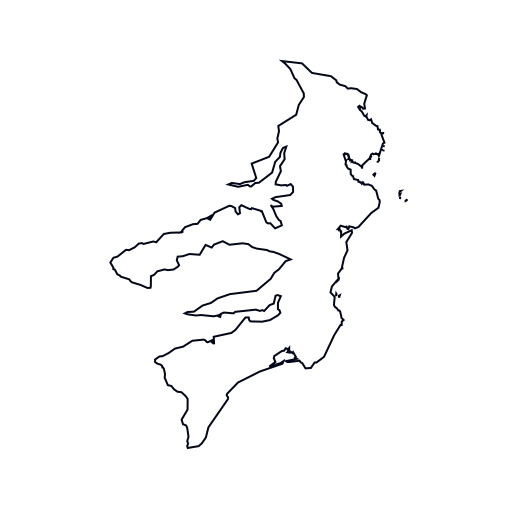 outline of Vesturbyggð, Vestfirðir, Iceland, rotated 306°
{"feature_id": "244011B84482513465742", "entity_name": "Vesturbyggð", "entity_type": "district", "adm_level": 2, "iso_a3": "ISL", "parent_name": "Iceland", "parent_adm1": "Vestfirðir", "projection": "orthographic", "projection_center": [-23.535, 65.593], "detail": "fine", "context": "isolated", "style": "outline", "palette": "ink", "viewbox_px": 512, "rotation_deg": 306, "n_neighbors": 0, "source": "geoboundaries", "source_scale": "gbopen_adm2", "svg_char_len": 6157}
<svg xmlns="http://www.w3.org/2000/svg" viewBox="0 0 512 512"><g transform="rotate(306 256 256)"><path d="M297.6,191.6L301.5,200.9L308.8,207.6L308.7,210.0L309.3,211.2L314.6,212.5L317.0,215.3L332.9,220.0L343.5,216.2L350.0,217.1L354.0,215.1L359.2,214.3L362.3,216.2L355.7,218.4L351.1,222.3L342.8,222.6L339.2,226.3L327.6,228.4L325.5,229.8L327.9,234.8L331.1,238.6L330.9,239.7L334.6,241.8L333.8,245.2L329.6,248.4L325.4,247.8L315.1,237.2L311.7,235.3L311.6,237.0L313.0,241.7L313.1,245.7L311.6,247.4L305.7,240.5L305.7,238.0L304.4,242.0L300.1,249.1L298.6,253.3L298.7,255.4L296.0,258.9L289.6,255.2L290.9,248.4L289.4,246.4L289.3,244.6L295.7,234.4L295.1,234.0L295.3,233.1L292.3,224.5L290.9,224.5L290.1,222.6L288.5,214.3L285.7,213.8L281.1,217.9L279.1,216.9L280.0,213.3L282.5,211.0L282.0,207.0L281.0,204.9L266.8,197.0L258.4,197.6L258.0,195.1L261.7,197.2L263.4,196.6L257.6,193.9L252.7,190.0L247.7,189.8L244.7,186.3L237.5,181.6L231.3,181.3L233.2,182.7L231.2,181.8L224.6,173.2L219.7,168.5L208.5,167.2L207.3,164.3L199.6,157.9L199.4,156.2L197.2,153.9L191.8,152.8L186.1,149.9L184.6,147.2L174.1,144.3L170.8,141.7L165.1,142.0L162.8,147.4L161.5,148.3L162.0,149.8L159.7,154.5L160.2,157.6L159.7,158.5L162.6,167.1L161.8,169.7L161.9,171.5L164.7,179.5L166.3,186.9L168.2,189.3L169.4,188.9L177.9,182.9L180.8,184.6L185.6,185.2L191.3,189.8L192.8,193.1L196.7,197.3L201.2,199.0L203.4,199.2L205.9,194.5L209.4,193.0L212.8,196.9L218.5,201.0L223.9,209.7L235.3,208.7L236.8,215.2L240.5,215.3L248.4,220.4L249.5,227.9L258.4,237.7L261.1,242.8L261.0,247.7L262.4,252.2L267.3,261.4L267.7,264.1L269.5,267.6L271.3,273.6L273.6,286.0L269.2,283.0L258.8,282.4L253.2,280.7L246.2,281.3L228.2,276.9L209.8,257.3L199.1,249.8L191.5,247.1L184.5,241.9L174.5,238.5L170.4,233.5L167.8,232.2L168.7,235.1L172.4,242.1L176.1,246.5L182.4,257.3L184.8,259.4L185.4,262.6L185.4,260.1L186.6,260.8L185.7,261.6L185.8,262.8L188.6,261.6L191.4,263.3L196.4,271.5L198.6,272.0L212.5,287.4L213.8,291.3L216.0,293.1L216.3,294.9L224.3,295.9L227.9,298.3L235.3,295.2L237.0,296.3L238.1,299.7L231.0,301.3L225.9,305.0L225.9,306.9L224.4,309.1L221.1,308.7L212.4,305.0L206.4,299.5L200.2,290.5L199.8,289.7L200.3,288.0L202.0,286.2L200.0,283.6L184.0,282.8L179.3,281.3L165.8,269.3L160.7,273.4L160.2,272.9L160.4,270.2L162.2,271.3L163.1,270.6L157.8,267.6L157.5,266.5L158.0,264.7L157.5,262.7L150.0,254.3L139.8,250.3L133.5,244.9L126.0,242.3L120.1,239.3L117.9,236.9L112.9,235.2L110.9,236.7L110.9,239.4L112.1,242.8L111.9,244.6L110.8,245.7L111.2,246.2L110.6,247.8L106.9,251.9L103.9,253.6L99.7,260.6L101.1,263.9L100.0,267.9L100.0,272.1L102.0,275.8L101.3,281.6L100.1,284.8L91.5,290.9L79.9,292.0L77.0,295.8L77.8,299.0L76.7,301.2L70.0,307.7L65.8,309.2L64.4,311.3L61.7,312.1L60.6,313.6L68.5,321.4L72.7,322.3L79.8,322.1L89.4,318.2L123.8,317.4L125.2,316.4L126.1,314.1L127.6,313.6L143.1,315.8L164.8,327.0L184.4,340.7L187.0,340.0L183.8,338.8L174.4,331.7L181.7,334.0L183.8,330.4L185.8,329.6L194.4,332.8L195.9,334.4L198.8,334.2L199.2,335.2L198.8,336.8L201.1,336.9L199.4,338.1L196.6,337.9L197.7,340.2L198.9,339.6L198.9,342.6L200.0,342.5L197.9,347.4L196.8,347.2L196.9,349.5L188.6,342.1L188.6,343.4L190.0,345.5L196.9,352.8L196.3,354.4L196.5,356.5L194.2,362.1L197.7,366.2L204.3,366.0L205.3,367.5L214.4,370.3L237.9,365.8L249.8,364.9L250.5,365.9L253.4,363.9L255.7,364.5L256.2,361.6L260.4,356.9L260.9,355.6L260.3,354.5L261.2,352.4L261.2,349.8L262.2,347.8L269.2,343.7L270.3,337.7L276.0,335.3L286.1,336.1L290.0,332.7L296.2,332.7L306.3,328.3L314.4,326.7L320.3,320.9L331.1,320.1L333.1,318.3L326.0,314.3L321.7,313.4L325.9,310.5L325.5,310.1L327.0,307.8L326.0,307.6L326.5,307.1L325.9,306.4L330.3,306.7L332.0,311.5L333.0,312.0L332.0,313.5L333.1,314.0L331.2,315.2L334.8,314.0L336.6,318.2L336.5,319.7L339.6,321.8L358.7,324.0L366.9,326.7L371.8,324.7L373.8,323.2L374.3,321.1L379.6,314.7L379.3,314.0L379.8,311.6L380.9,308.7L380.0,304.9L377.3,301.6L377.7,300.2L379.0,300.3L377.0,299.4L378.2,298.7L376.7,297.5L377.0,296.2L376.3,295.3L377.5,293.9L375.8,290.1L377.7,287.4L377.4,286.1L378.2,284.3L381.5,281.8L380.9,279.1L381.8,276.4L382.7,275.9L382.7,274.6L386.4,272.7L386.0,272.3L389.7,267.1L391.2,267.5L390.4,269.0L391.4,268.3L392.4,269.8L391.7,271.0L392.9,270.5L390.5,273.4L388.7,273.7L389.5,274.5L388.7,275.8L389.6,276.0L389.6,277.2L388.7,277.8L389.6,278.0L388.8,278.9L388.8,280.0L389.9,281.0L389.6,281.6L390.4,284.5L390.3,288.4L390.8,289.0L389.0,290.4L392.1,288.7L401.7,290.5L405.8,289.5L407.4,290.1L407.4,291.2L409.2,292.8L408.4,293.5L409.5,293.1L409.5,294.2L411.7,295.8L421.5,292.6L423.2,293.3L427.9,286.2L429.4,285.9L428.8,284.7L429.1,283.5L431.6,281.4L430.3,281.9L430.6,281.2L430.1,280.3L432.5,277.9L431.9,277.0L431.9,271.9L434.2,268.7L432.6,268.2L432.0,266.6L433.8,263.2L434.8,262.7L433.2,262.5L433.1,261.1L435.1,256.6L435.3,254.1L436.3,253.5L435.7,253.4L436.6,251.0L438.3,251.4L438.6,254.9L438.1,256.2L439.4,257.5L442.7,254.1L451.2,251.2L451.4,249.5L450.3,244.7L450.4,239.5L447.7,234.4L445.4,231.9L445.9,228.5L443.9,223.0L444.0,219.2L445.3,217.8L445.5,210.9L437.0,193.7L438.9,180.0L429.0,162.5L428.8,166.5L427.4,174.0L422.4,182.7L422.3,185.2L415.6,199.1L412.8,201.3L403.4,201.8L393.9,205.5L374.3,197.6L370.4,201.3L363.8,204.1L360.8,207.1L344.0,208.3L328.2,198.2L319.2,210.4L315.5,210.0L308.9,203.3L304.7,200.7L300.9,193.5L297.6,191.6ZM393.6,303.8L390.8,303.2L390.5,304.7L393.6,303.8ZM271.2,347.7L273.5,346.9L272.4,346.4L271.2,347.7ZM405.7,299.3L407.6,298.0L404.7,299.5L405.7,299.3ZM411.2,296.1L409.7,295.8L409.2,296.6L411.2,296.1ZM390.5,335.9L388.3,337.0L391.1,336.3L390.5,335.9ZM386.8,338.9L387.7,338.6L388.2,337.9L386.8,338.9ZM285.5,336.8L287.7,335.6L284.8,336.7L285.5,336.8ZM270.7,344.2L272.6,343.5L272.8,343.0L270.7,344.2ZM390.7,345.1L388.8,344.5L388.5,344.7L389.5,345.2L390.7,345.1ZM404.9,290.9L404.1,290.3L403.7,290.7L404.9,290.9ZM295.8,333.6L297.1,333.1L297.4,332.8L295.8,333.6ZM393.7,334.9L393.0,334.2L392.3,334.5L393.7,334.9ZM400.7,291.9L402.7,290.8L403.0,290.5L400.7,291.9ZM419.1,295.1L420.2,294.7L420.6,294.3L419.1,295.1ZM429.1,287.0L430.8,286.4L431.1,286.2L429.1,287.0ZM403.8,299.2L404.3,298.7L403.0,299.4L403.8,299.2ZM415.6,297.4L416.2,297.3L416.9,296.8L415.6,297.4ZM415.5,295.8L416.4,295.6L416.8,295.4L415.5,295.8Z" fill="none" stroke="#020617" stroke-width="2"/></g></svg>